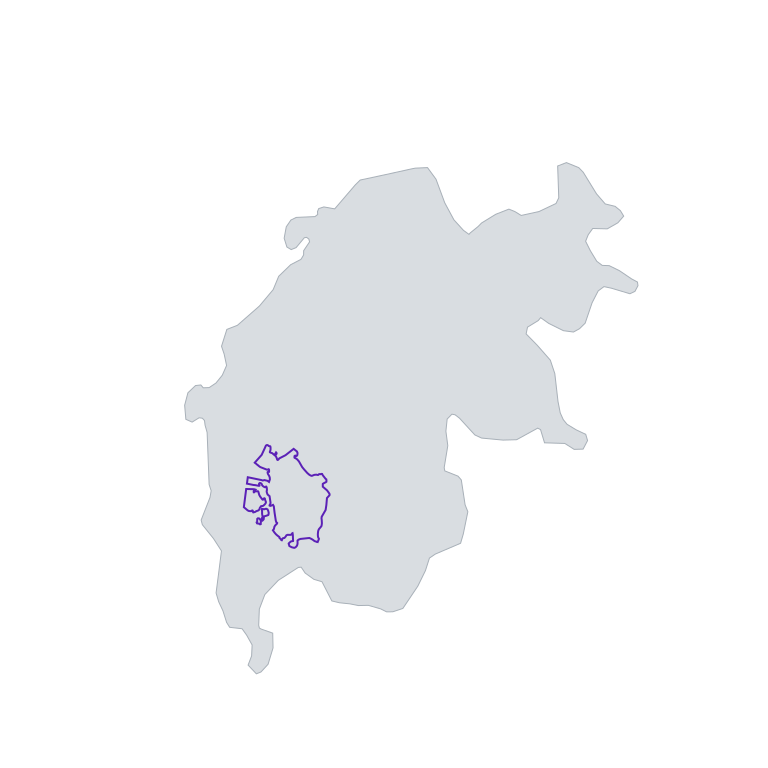 Switzerland, with Fribourg highlighted, rotated 317°
{"feature_id": "CHE-3421", "entity_name": "Fribourg", "entity_type": "Canton", "adm_level": 1, "iso_a3": "CHE", "parent_name": "Switzerland", "parent_adm1": "", "projection": "albers", "projection_center": [7.007, 46.724], "detail": "fine", "context": "in_parent", "style": "outline", "palette": "violet", "viewbox_px": 768, "rotation_deg": 317, "n_neighbors": 0, "source": "natural_earth", "source_scale": "10m", "svg_char_len": 6829}
<svg xmlns="http://www.w3.org/2000/svg" viewBox="0 0 768 768"><g transform="rotate(317 384 384)"><path d="M550.1,245.0L554.0,247.4L563.4,255.4L561.7,269.7L552.0,292.9L547.1,311.6L546.9,325.8L548.2,332.5L550.1,332.3L560.1,333.0L565.2,332.8L581.5,336.1L594.6,341.3L597.3,347.1L599.3,354.3L615.0,363.6L632.9,369.3L638.8,367.0L659.7,343.0L668.4,346.5L674.0,358.6L674.1,365.1L669.1,389.9L668.6,403.2L674.2,411.7L675.1,418.4L673.8,424.7L665.0,425.6L653.1,422.8L642.7,412.6L635.2,414.1L628.8,417.1L625.8,427.3L623.3,439.4L624.5,446.1L629.4,451.0L633.5,461.8L636.7,475.8L638.9,482.3L636.8,485.3L630.7,487.4L625.4,485.7L615.7,469.1L611.3,462.8L604.1,462.0L591.6,466.5L572.6,476.7L564.7,476.9L558.0,475.2L551.6,467.4L545.8,452.0L543.8,442.3L540.1,442.8L527.7,440.3L522.1,444.3L522.5,460.2L521.9,480.0L516.0,492.9L499.3,515.5L493.2,525.3L490.8,532.3L490.4,538.3L493.3,548.6L497.2,558.4L494.3,564.2L485.2,567.4L478.5,561.5L475.7,550.8L461.3,536.5L467.4,524.1L466.3,521.1L443.0,515.2L432.8,506.2L418.5,490.1L415.7,483.2L415.9,460.5L415.0,455.0L413.1,452.4L406.3,452.7L397.1,460.7L388.6,472.6L371.0,486.2L369.2,489.0L375.3,501.9L375.1,506.9L360.9,527.7L358.2,534.6L339.8,547.7L331.4,552.7L305.6,543.4L298.5,542.3L287.1,548.7L270.9,554.9L244.7,561.0L235.1,556.6L230.5,552.4L228.2,546.2L221.6,535.2L214.2,528.6L209.1,521.5L202.3,513.7L197.9,507.1L203.8,486.3L199.5,479.0L197.4,468.5L198.5,461.5L196.2,459.7L172.8,455.5L153.3,456.7L139.3,463.6L127.8,475.0L126.4,477.5L127.1,479.6L132.7,490.3L122.9,501.3L108.1,509.9L97.6,510.7L93.0,508.9L92.9,496.9L101.7,492.6L109.6,484.9L112.3,473.9L113.3,466.2L105.2,456.7L106.3,451.0L111.5,440.1L114.6,430.5L118.7,422.3L135.0,408.8L151.3,395.2L153.9,380.7L155.2,363.0L157.5,358.8L179.4,348.3L184.8,344.2L187.6,338.2L204.7,318.4L221.6,298.8L225.0,292.2L227.8,288.3L227.8,285.1L225.7,282.6L217.7,281.0L215.0,274.7L223.7,263.6L234.6,256.7L245.1,256.6L249.4,259.8L249.2,263.5L253.7,267.4L261.8,268.7L271.7,267.3L281.5,263.1L287.5,253.1L290.9,245.6L306.3,236.9L316.8,241.1L346.1,242.0L367.3,239.4L380.5,233.4L397.1,233.1L408.2,236.2L410.2,235.7L413.2,234.8L416.2,231.7L426.5,229.3L427.9,226.7L427.4,224.0L425.5,222.7L412.7,224.3L407.8,222.4L406.4,217.6L410.4,209.3L419.7,202.4L427.7,200.6L433.4,202.3L447.7,214.5L451.1,214.8L453.0,212.5L455.9,211.2L460.8,213.5L466.5,221.1L467.4,222.3L498.7,218.8L505.7,218.6L527.4,231.6L550.1,245.0Z" fill="#d9dde1" stroke="#a8b0b8" stroke-width="1"/><path d="M255.6,348.5L256.8,348.8L257.1,349.2L257.2,349.5L257.3,349.6L257.4,350.7L258.3,352.0L258.0,352.7L256.6,354.3L255.9,354.9L254.3,355.7L254.0,356.1L254.1,356.6L254.8,357.8L255.1,358.5L255.2,359.4L255.3,360.6L255.6,362.6L255.5,363.5L255.2,364.6L254.3,366.5L254.4,367.0L254.8,367.2L255.4,367.2L256.7,367.0L263.4,368.9L273.7,369.8L274.3,374.0L273.7,375.5L272.5,376.6L271.8,377.0L271.0,377.0L270.6,376.7L270.3,376.5L270.4,376.0L270.2,375.8L269.4,375.7L268.5,376.5L268.3,377.0L268.7,377.9L269.1,379.8L269.0,382.6L267.5,388.9L267.3,391.9L267.2,396.8L267.5,399.6L268.0,401.0L268.3,401.6L268.7,402.0L271.0,402.9L271.6,403.3L272.7,404.2L273.3,405.1L273.7,405.5L274.1,405.7L274.7,405.6L275.1,405.7L275.5,406.0L275.8,406.4L276.1,406.7L276.6,406.9L277.2,407.3L277.4,407.6L277.0,408.9L276.6,413.6L276.8,414.3L276.4,415.0L275.2,416.2L274.2,416.1L273.1,415.7L271.2,415.3L270.7,415.7L269.2,417.4L269.8,422.9L269.5,425.6L269.2,427.2L268.6,428.0L268.1,428.2L266.8,428.3L264.5,428.5L259.3,433.2L255.4,436.3L247.9,438.6L246.6,439.7L245.7,441.0L243.6,443.5L242.3,444.6L241.2,445.3L237.3,445.8L236.4,446.2L235.5,446.7L233.3,448.6L232.0,450.1L231.6,450.7L231.3,451.2L230.8,452.9L227.8,454.3L227.7,454.0L227.2,453.8L227.0,453.1L226.5,452.4L226.1,451.5L225.9,450.6L225.8,449.8L225.3,447.9L224.4,445.7L217.2,440.3L215.4,439.6L214.0,439.5L212.1,441.6L211.2,442.3L210.1,442.9L208.2,443.1L207.2,442.9L206.6,442.6L205.2,440.5L204.3,438.0L205.4,435.7L205.7,435.6L207.4,435.6L208.5,435.7L208.8,435.8L210.4,436.8L210.8,436.5L211.2,435.9L214.4,432.2L215.1,431.2L215.4,430.7L215.1,430.6L214.6,430.7L213.6,430.9L213.1,430.8L212.2,430.1L210.7,428.6L210.0,428.3L209.5,428.1L208.1,428.5L206.2,428.7L205.1,427.9L204.4,427.9L203.8,428.1L202.7,428.6L202.5,428.3L202.5,427.7L202.7,426.8L202.6,426.1L202.6,425.6L202.6,425.2L203.0,424.8L203.1,424.4L202.9,423.4L202.7,422.3L202.5,420.2L202.6,418.0L202.7,417.2L203.0,415.2L204.5,415.0L206.6,413.6L208.1,413.2L210.1,413.2L210.8,413.0L211.1,412.8L211.1,412.5L210.9,412.2L210.9,411.9L211.7,410.1L216.2,403.5L220.0,398.3L220.4,396.7L218.7,396.1L218.2,395.9L217.7,395.6L217.4,394.9L217.6,394.6L219.2,394.1L219.8,393.7L220.3,393.1L223.8,388.0L223.5,385.4L224.3,383.5L224.8,382.7L225.3,382.2L226.1,381.7L227.4,380.1L227.8,379.3L227.9,378.7L227.6,378.5L227.0,378.7L226.6,378.4L226.2,377.7L225.8,376.0L225.8,375.1L226.1,374.3L226.4,373.5L226.3,372.7L226.0,372.1L225.7,371.7L225.1,371.6L224.6,371.7L224.3,372.0L224.1,372.2L224.0,372.6L224.0,372.9L223.9,373.2L223.7,373.4L223.4,373.4L223.0,373.1L220.9,370.2L220.2,369.4L219.8,369.0L215.8,363.4L220.8,359.3L228.8,370.6L229.5,371.9L231.0,372.7L232.8,375.4L233.0,376.7L233.1,377.2L235.4,376.0L236.5,374.7L236.8,374.1L237.2,373.3L237.4,372.4L237.8,370.6L238.2,369.8L238.7,369.1L239.1,369.1L239.4,369.2L239.8,369.6L240.0,369.8L240.3,369.6L241.3,368.5L241.6,368.0L241.5,367.6L240.7,367.3L240.2,367.0L239.9,366.7L237.2,361.1L236.7,359.8L235.8,353.4L246.2,352.4L252.6,349.8L255.6,348.5ZM211.6,366.8L217.1,372.2L217.5,372.8L217.9,373.5L217.7,373.5L217.4,373.1L217.1,372.9L216.8,372.9L216.0,373.3L215.6,373.6L215.2,373.9L214.9,374.4L215.1,374.6L215.6,374.5L216.2,374.6L216.9,375.0L218.3,376.1L218.7,376.6L218.6,377.2L217.9,378.5L217.3,379.7L217.0,380.4L216.9,381.0L216.7,381.6L216.3,385.5L216.5,386.0L217.7,385.8L218.5,385.9L218.7,386.2L218.7,386.6L218.1,387.5L217.2,389.7L216.8,390.1L216.5,390.3L215.5,390.6L214.8,390.7L213.0,390.7L212.4,390.6L211.9,390.3L211.2,389.8L210.6,389.5L209.7,389.8L209.1,389.8L208.3,390.1L207.5,390.7L206.4,390.8L206.0,390.8L205.4,390.6L204.1,390.0L203.5,389.8L203.0,389.8L202.6,389.7L201.0,388.9L200.8,388.7L200.9,388.3L201.3,387.8L201.5,387.4L201.6,387.0L201.4,386.6L201.2,386.5L200.6,386.6L200.3,386.5L200.0,386.3L198.6,384.8L198.1,383.5L197.5,378.5L211.6,366.8ZM209.6,392.1L210.3,392.9L210.7,393.8L211.6,394.2L212.7,394.8L213.3,396.2L212.9,397.6L211.9,399.5L210.9,400.4L210.0,400.9L208.8,400.4L207.7,399.9L206.2,399.1L205.3,399.5L203.7,400.9L202.7,401.0L201.8,401.0L201.5,400.2L201.9,399.8L202.7,399.1L203.6,398.7L205.0,398.1L205.6,396.8L206.8,395.2L207.5,394.6L208.4,393.4L208.9,392.6L209.6,392.1ZM200.1,396.2L200.9,396.9L201.0,398.4L200.7,399.8L199.8,401.0L199.1,401.6L198.3,402.4L197.6,402.1L197.3,400.8L196.7,400.2L196.1,399.3L196.5,398.3L197.3,398.3L198.2,397.3L199.3,396.2L200.1,396.2ZM258.4,360.4L258.4,361.0L258.3,361.3L258.0,361.6L257.6,361.8L257.3,361.8L256.9,361.9L256.5,360.9L258.4,360.4Z" fill="none" stroke="#5b21b6" stroke-width="2"/></g></svg>